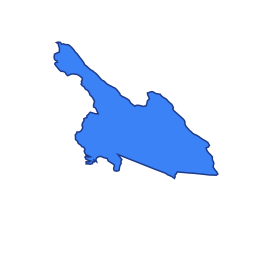 Itabuna, Bahia, Brazil (Equal Earth projection), rotated 115°
{"feature_id": "56859067B9153325788025", "entity_name": "Itabuna", "entity_type": "district", "adm_level": 2, "iso_a3": "BRA", "parent_name": "Brazil", "parent_adm1": "Bahia", "projection": "equal_earth", "projection_center": [-39.322, -14.862], "detail": "fine", "context": "isolated", "style": "filled", "palette": "blue", "viewbox_px": 256, "rotation_deg": 115, "n_neighbors": 0, "source": "geoboundaries", "source_scale": "gbopen_adm2", "svg_char_len": 3036}
<svg xmlns="http://www.w3.org/2000/svg" viewBox="0 0 256 256"><g transform="rotate(115 128 128)"><path d="M83.8,113.1L84.4,115.1L85.0,117.5L84.8,119.2L84.7,120.9L85.3,122.4L86.7,123.7L88.0,125.2L89.5,124.3L91.1,122.4L92.6,120.9L95.1,121.9L98.0,121.2L100.0,120.9L101.9,123.0L102.4,125.7L102.9,128.0L104.0,130.1L105.3,131.1L104.7,134.1L104.1,136.4L102.4,138.7L102.0,141.2L101.8,143.7L101.8,146.6L101.4,148.9L100.1,150.2L99.1,152.3L98.0,154.4L97.3,156.8L97.4,159.0L97.2,161.0L97.2,163.5L96.9,165.9L95.7,169.3L95.5,172.2L94.4,174.8L93.1,177.5L92.2,179.9L91.7,182.2L91.2,184.0L91.1,185.9L90.7,187.8L90.1,189.7L89.3,192.1L89.0,194.0L87.6,195.6L86.2,197.9L85.3,199.7L84.6,201.2L83.8,202.6L83.0,204.1L82.2,205.6L81.3,208.2L80.0,210.3L78.8,213.1L78.0,215.6L77.8,217.4L78.7,219.5L79.1,222.2L80.2,223.6L79.0,225.3L79.6,227.6L80.8,228.9L81.1,226.9L82.9,225.5L84.5,223.9L86.2,223.2L88.2,222.4L89.7,223.8L90.9,224.8L92.2,225.8L93.5,225.4L94.9,225.0L96.4,224.0L97.3,222.5L97.1,220.8L98.2,219.7L99.4,221.4L100.9,221.5L101.8,220.1L102.8,218.0L103.7,216.3L104.4,214.6L105.0,212.7L104.2,211.1L104.1,208.6L105.5,206.5L106.1,204.8L104.2,203.1L102.9,202.0L102.0,200.0L101.1,197.3L101.0,194.7L101.6,192.4L102.3,190.4L103.8,189.8L105.5,190.0L106.7,188.8L108.1,189.1L109.0,187.2L109.4,184.9L110.7,183.2L111.1,180.1L112.6,177.8L114.0,176.7L114.8,174.5L115.4,172.8L116.6,171.6L117.6,169.8L119.4,169.4L121.7,169.0L123.5,168.1L123.5,166.2L124.3,164.9L127.7,161.0L128.9,163.7L129.2,166.0L129.6,168.8L131.1,169.4L132.4,169.5L134.0,170.5L135.8,169.7L137.2,171.1L138.4,171.9L139.5,171.1L141.0,171.1L143.0,171.3L145.1,170.8L146.1,169.6L147.5,169.1L148.9,169.1L150.5,169.4L152.2,170.4L153.2,172.6L154.8,172.3L156.4,172.9L158.8,171.6L160.6,170.7L161.3,168.3L163.0,166.5L163.5,163.4L164.4,162.1L164.1,160.1L165.3,158.1L167.5,157.9L168.8,156.6L169.9,154.9L169.9,152.1L170.0,150.0L171.3,152.0L171.4,154.4L172.6,154.7L174.0,153.0L174.1,149.9L173.7,147.9L175.2,148.9L176.3,151.7L178.2,150.8L177.6,149.3L176.6,146.7L175.2,145.1L173.8,145.7L173.0,144.2L171.5,145.2L171.9,142.2L170.4,143.7L168.4,143.8L166.3,142.4L165.2,140.6L165.1,137.4L164.4,133.9L166.2,132.1L167.1,125.3L168.2,124.1L169.6,124.2L171.2,123.7L172.4,122.4L172.0,120.3L170.4,118.2L168.6,118.6L167.1,119.1L165.3,119.4L163.5,119.2L162.2,119.6L160.9,120.5L159.2,120.2L156.3,125.8L154.0,86.5L153.7,82.7L153.4,77.9L153.1,74.9L153.6,72.3L153.5,69.9L153.5,67.4L154.1,64.6L152.4,64.6L150.9,65.6L149.1,64.9L147.0,64.8L142.8,53.2L141.7,50.5L138.7,42.0L136.2,34.5L133.4,27.9L131.7,27.1L130.2,29.2L129.1,31.6L127.5,34.3L125.5,34.9L123.6,35.3L122.5,36.4L121.5,37.7L119.9,38.8L118.6,39.2L117.6,41.2L116.6,44.1L115.5,46.3L114.5,47.5L112.9,48.8L111.3,47.1L109.3,46.9L107.4,49.5L107.0,52.0L106.7,55.4L106.3,58.2L105.9,59.9L105.6,62.5L105.7,65.7L105.4,67.3L104.6,69.4L104.2,71.2L103.2,73.4L102.2,75.7L100.9,77.6L99.2,78.6L97.5,79.8L96.5,81.9L93.0,93.5L91.9,95.4L90.6,95.4L89.5,96.4L88.1,98.4L87.5,100.7L86.7,103.1L85.7,105.3L85.4,107.3L85.3,109.4L84.7,111.5L83.8,113.1Z" fill="#3b82f6" stroke="#1e3a8a" stroke-width="1.5"/></g></svg>